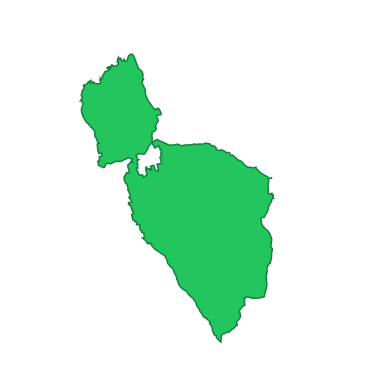 the district of Mojokerto, Jawa Timur, Indonesia, rotated 341°
{"feature_id": "22746128B795310620233", "entity_name": "Mojokerto", "entity_type": "district", "adm_level": 2, "iso_a3": "IDN", "parent_name": "Indonesia", "parent_adm1": "Jawa Timur", "projection": "equal_earth", "projection_center": [112.455, -7.541], "detail": "fine", "context": "isolated", "style": "filled", "palette": "green", "viewbox_px": 384, "rotation_deg": 341, "n_neighbors": 0, "source": "geoboundaries", "source_scale": "gbopen_adm2", "svg_char_len": 6050}
<svg xmlns="http://www.w3.org/2000/svg" viewBox="0 0 384 384"><g transform="rotate(341 192 192)"><path d="M129.0,54.5L128.2,55.5L126.6,55.8L124.4,55.6L124.4,57.0L123.9,57.0L124.2,58.1L124.0,58.6L122.2,59.8L122.2,60.2L121.7,60.0L120.2,62.2L120.1,62.9L119.4,63.4L118.7,64.6L119.1,66.5L118.4,67.8L117.6,68.1L118.0,68.9L116.3,69.5L117.3,69.9L117.2,71.5L117.9,72.5L117.8,73.1L114.3,77.8L113.7,80.3L113.5,84.7L114.3,89.7L115.5,93.0L116.1,93.3L116.4,94.9L117.4,96.4L117.6,98.2L118.7,99.2L119.0,101.0L119.6,101.5L119.3,106.0L118.7,105.9L118.3,108.5L119.0,108.7L118.9,112.4L120.1,115.6L118.7,115.1L117.9,116.1L116.4,122.7L116.7,123.0L116.3,125.3L119.3,125.8L118.5,128.7L116.0,128.2L114.8,131.4L114.7,132.5L113.0,132.2L112.3,136.4L116.5,140.3L117.6,139.9L119.7,137.7L120.7,137.1L124.3,138.9L129.3,138.2L135.2,139.8L142.9,138.9L144.7,139.9L145.2,140.9L146.2,141.6L145.3,142.2L145.5,144.7L143.9,143.5L142.1,144.8L140.6,145.1L139.6,146.8L139.4,152.4L138.9,152.4L138.9,153.4L137.9,153.4L136.5,152.4L134.1,154.7L132.9,155.1L132.6,157.6L131.8,157.8L132.1,161.7L132.3,162.5L132.9,162.9L133.0,164.4L132.8,167.9L132.2,168.4L132.1,171.2L132.5,171.4L132.5,171.9L132.0,176.7L130.7,176.4L130.6,177.2L131.4,178.1L131.8,181.5L131.7,182.1L128.5,181.3L128.1,182.8L128.8,182.9L128.6,184.5L129.8,184.9L129.4,188.2L129.8,188.3L129.3,190.8L130.3,191.2L129.1,193.7L127.7,193.4L127.4,194.0L127.2,196.8L127.7,197.0L126.9,199.3L128.3,200.0L128.3,201.5L129.3,201.7L129.7,203.7L128.8,204.8L128.9,205.1L129.6,204.9L132.2,206.0L132.2,206.5L131.1,207.4L130.6,210.9L130.7,211.4L131.6,211.8L131.3,214.0L133.0,214.4L132.5,219.2L130.2,219.3L132.7,223.5L132.9,225.9L133.7,226.4L134.0,226.0L134.4,226.8L134.8,226.1L136.1,226.8L136.6,229.7L138.1,233.7L145.9,244.0L145.6,244.7L146.3,248.5L145.8,250.8L146.0,252.1L147.1,255.0L149.0,258.6L149.0,263.4L149.7,266.1L149.2,269.8L149.7,271.2L149.4,272.0L149.5,276.2L151.4,280.5L153.2,282.8L154.3,283.6L155.5,288.2L156.4,289.4L156.8,290.8L158.3,292.8L159.5,297.3L159.7,302.2L160.2,303.4L160.9,308.1L162.1,311.7L162.2,313.9L164.1,315.5L165.3,318.0L166.6,319.6L166.7,320.9L165.8,321.5L166.8,325.5L166.9,326.8L166.1,330.6L166.5,331.6L166.5,334.2L168.1,335.7L167.6,337.8L168.2,338.3L168.3,339.3L170.4,343.3L172.3,339.6L172.6,337.7L174.6,336.2L177.5,336.5L179.3,335.6L180.0,335.8L180.9,336.8L182.8,335.6L183.7,335.7L185.0,334.8L186.0,334.9L188.6,333.7L189.6,332.7L191.3,332.9L191.8,329.8L192.5,328.6L194.7,327.9L197.5,325.5L198.2,319.5L201.6,317.2L203.6,316.4L205.0,316.4L206.4,311.5L206.4,310.3L207.1,310.1L206.7,309.4L206.9,309.1L210.1,309.3L212.6,310.6L214.3,312.3L215.1,312.1L217.3,313.1L221.7,314.2L226.4,314.5L226.5,313.8L231.7,306.1L233.3,302.0L233.3,299.3L233.9,298.9L233.7,298.6L234.4,297.5L235.3,293.9L236.3,293.6L236.5,292.6L237.3,291.6L237.5,289.6L239.4,286.6L241.2,285.3L242.6,284.8L242.8,284.2L243.2,284.3L243.2,283.3L245.2,281.4L247.8,274.7L249.2,272.9L249.6,271.8L248.9,270.2L249.0,267.9L250.0,267.1L252.0,262.5L252.2,261.4L251.9,256.7L251.4,254.3L250.4,252.2L249.0,250.5L248.9,249.3L247.9,247.5L247.6,244.2L248.4,239.4L250.2,238.9L251.7,239.5L252.7,238.8L256.5,235.4L258.0,233.7L259.1,231.5L262.5,228.0L264.5,226.6L264.3,225.6L265.5,224.7L267.0,224.5L266.7,224.0L267.1,222.5L267.0,221.8L267.5,222.4L267.8,221.6L267.1,221.0L267.6,220.8L267.0,219.8L267.1,219.2L264.9,219.1L263.7,218.5L264.0,216.9L265.5,213.3L265.8,211.2L266.6,208.9L267.4,208.2L268.4,205.7L268.6,204.3L270.6,204.4L271.6,204.9L271.7,204.5L268.4,204.0L268.5,202.2L266.8,200.7L262.7,195.6L260.8,191.7L260.5,189.4L260.0,189.8L259.5,189.3L257.4,189.0L254.9,187.5L252.8,186.7L250.4,183.3L249.5,180.8L247.8,178.0L246.4,177.2L245.1,175.7L244.7,173.9L243.0,171.8L242.5,170.5L241.0,170.1L240.3,168.6L240.4,167.6L239.7,166.6L237.3,165.9L235.6,163.5L234.3,162.2L233.1,161.7L231.5,161.8L229.9,160.8L228.9,158.9L229.0,157.3L227.9,155.7L226.7,155.2L225.8,155.3L224.4,152.0L223.7,152.0L220.8,150.1L219.5,150.4L217.2,150.1L214.7,149.0L211.8,148.5L209.0,147.1L207.3,147.6L205.0,146.3L203.1,146.2L200.5,145.2L197.0,144.9L193.8,142.0L190.7,141.7L185.8,140.4L179.7,134.4L178.3,133.4L176.4,131.1L175.4,130.9L170.8,132.2L171.3,129.4L172.2,127.8L172.1,126.2L172.3,125.5L173.1,124.7L173.4,122.8L173.9,122.4L176.0,122.5L178.7,120.8L179.0,120.0L178.9,117.7L181.4,115.0L182.6,114.6L183.5,113.2L183.1,109.5L183.8,108.5L184.7,108.1L187.6,108.8L188.3,108.2L188.1,107.6L188.4,107.2L188.2,104.4L187.5,101.8L186.3,102.0L184.2,101.7L184.5,102.4L184.0,102.4L183.1,100.9L180.1,90.8L179.8,84.1L181.2,80.5L180.2,72.4L180.6,71.8L181.2,71.7L181.3,70.2L182.8,69.9L182.7,67.5L184.0,64.8L183.9,62.2L181.6,57.4L181.2,44.6L180.6,42.4L178.9,41.8L177.9,41.9L176.0,42.9L173.5,46.7L172.3,47.0L171.1,46.4L171.0,44.5L170.5,44.8L170.3,45.8L168.6,45.0L168.0,44.0L168.3,43.0L168.0,42.3L167.7,42.3L167.5,43.5L166.5,42.8L166.4,40.7L165.6,41.7L165.1,41.7L164.7,43.3L163.8,43.9L163.6,44.7L164.4,45.6L163.9,46.9L163.1,47.7L161.0,48.2L159.2,47.7L158.9,47.1L158.1,47.0L158.0,45.9L157.6,45.6L156.2,46.8L155.6,48.5L154.7,48.4L154.2,49.7L154.0,48.0L154.4,47.3L155.0,47.2L155.0,46.8L154.2,46.5L152.1,46.9L153.0,49.5L151.8,50.0L148.6,50.0L146.2,52.5L145.0,53.0L144.7,55.1L144.2,54.9L144.0,55.4L143.0,55.8L142.5,54.6L142.2,56.2L141.2,56.0L141.3,57.1L141.7,57.9L141.6,58.4L139.9,60.0L139.4,60.0L138.9,59.0L137.0,58.7L136.4,58.0L135.5,57.9L134.7,57.2L135.1,56.4L134.6,55.8L133.8,56.6L132.8,56.4L132.9,53.7L132.2,54.1L130.7,53.9L131.0,55.0L130.7,55.7L130.2,54.7L129.0,54.5ZM171.2,138.4L175.6,137.4L175.7,141.9L176.3,142.0L175.9,145.0L175.0,145.1L174.6,148.9L173.0,148.8L172.6,155.1L168.0,154.3L167.3,161.0L164.5,159.9L164.6,154.3L162.7,154.0L162.3,154.5L161.2,154.2L161.1,158.2L159.6,157.7L159.6,156.3L157.1,155.5L157.3,153.6L156.4,153.7L155.3,156.8L155.5,159.2L154.8,161.4L153.7,161.3L153.3,161.7L151.1,162.1L151.0,160.5L150.3,159.4L147.6,159.1L147.5,154.9L147.0,154.2L147.1,151.4L148.1,150.9L148.7,151.5L149.2,148.8L149.8,148.4L149.4,147.4L149.6,146.2L150.6,144.6L152.3,144.2L151.2,143.2L151.2,138.8L154.8,138.6L158.5,140.6L160.0,140.4L163.6,137.4L166.4,134.2L170.0,132.5L171.2,138.4Z" fill="#22c55e" stroke="#15803d" stroke-width="1.5"/></g></svg>